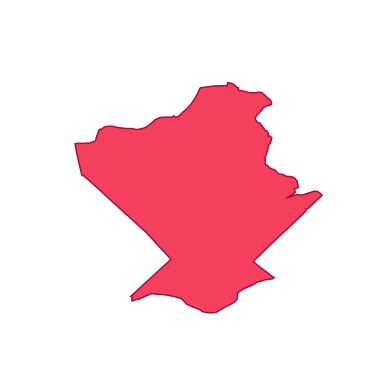 outline of Nicolae Balcescu, Calarasi, Romania, rotated 223°
{"feature_id": "2599482B57162776684646", "entity_name": "Nicolae Balcescu", "entity_type": "district", "adm_level": 2, "iso_a3": "ROU", "parent_name": "Romania", "parent_adm1": "Calarasi", "projection": "orthographic", "projection_center": [26.755, 44.444], "detail": "fine", "context": "isolated", "style": "filled", "palette": "rose", "viewbox_px": 384, "rotation_deg": 223, "n_neighbors": 0, "source": "geoboundaries", "source_scale": "gbopen_adm2", "svg_char_len": 4449}
<svg xmlns="http://www.w3.org/2000/svg" viewBox="0 0 384 384"><g transform="rotate(223 192 192)"><path d="M240.5,296.3L239.5,294.8L238.8,293.8L248.6,284.1L254.5,276.8L256.9,273.8L256.8,272.6L256.1,270.8L254.9,267.3L253.7,262.4L253.5,261.1L252.7,255.8L252.4,251.1L253.1,244.5L253.5,237.9L255.3,235.2L256.1,235.4L257.1,235.5L257.3,234.7L257.8,233.1L259.2,231.6L260.9,230.1L262.7,228.5L263.8,227.2L265.1,225.9L265.5,225.5L265.9,224.8L267.0,222.8L267.6,221.5L267.7,221.0L268.3,219.4L268.3,219.1L268.6,215.6L268.7,214.3L269.0,211.7L269.2,210.9L269.3,210.1L269.7,208.6L270.1,207.6L270.4,206.8L271.2,205.3L271.9,204.1L273.1,202.5L273.3,202.2L273.9,201.4L274.3,200.9L274.8,200.3L275.3,199.8L278.8,197.7L279.3,197.4L281.0,195.7L281.3,195.4L282.9,194.0L286.6,191.2L290.2,188.6L292.1,187.4L293.8,186.5L295.9,185.2L297.1,184.0L300.0,180.7L300.3,179.9L300.8,178.2L300.9,176.7L301.0,176.1L301.0,175.9L301.6,175.7L302.0,175.0L302.2,174.2L302.5,173.4L301.8,172.5L301.2,172.1L300.9,171.0L300.7,170.3L300.1,168.7L299.7,167.6L299.6,167.3L299.1,166.5L298.8,165.9L298.3,165.1L297.6,163.7L297.9,162.2L298.7,161.0L299.1,160.4L299.8,159.1L300.5,157.8L301.0,157.1L301.6,156.6L302.4,156.0L302.9,155.5L303.8,154.2L304.5,153.5L305.2,152.9L308.2,150.4L310.4,147.6L308.6,146.1L304.3,142.9L301.1,140.7L298.2,138.7L290.7,133.6L287.3,131.4L285.4,130.0L285.0,129.8L284.0,129.4L283.4,129.1L282.5,130.2L281.7,130.2L280.7,129.9L279.9,129.9L279.5,129.9L278.8,130.2L278.2,130.2L271.3,130.3L264.2,130.4L256.7,130.5L246.4,130.5L227.5,130.8L227.0,130.6L225.4,130.5L224.7,130.8L218.9,130.9L218.7,130.9L217.2,130.9L208.0,131.0L203.5,131.1L198.7,131.2L198.0,131.2L197.0,131.1L179.4,129.7L172.6,129.2L171.7,129.3L170.4,129.2L165.9,128.8L161.5,128.5L161.5,128.0L161.6,126.7L162.7,113.0L162.9,110.5L163.1,106.7L163.4,102.8L163.7,99.5L164.0,95.4L164.3,91.7L164.5,88.3L164.7,86.1L165.0,81.6L165.4,76.9L165.5,75.7L165.5,75.2L165.6,74.8L165.6,73.9L165.2,74.2L164.7,74.2L164.2,74.1L163.5,73.3L163.1,72.5L162.8,72.3L161.4,71.4L161.1,72.2L160.7,72.9L160.2,73.7L159.8,74.6L157.5,78.0L155.4,83.0L153.5,87.3L152.1,90.3L149.3,92.3L146.6,94.3L144.0,96.6L141.1,98.8L137.9,100.9L133.1,103.7L128.1,106.3L126.1,106.8L124.3,106.7L120.0,106.3L117.6,106.9L111.9,108.9L107.1,110.9L102.5,111.8L99.1,113.8L95.3,116.9L92.2,120.4L90.9,125.0L90.2,127.8L89.2,130.9L87.8,134.6L86.5,138.2L85.7,141.3L86.2,145.2L88.9,147.8L89.7,150.1L88.6,155.1L85.4,163.0L83.6,167.0L82.7,170.8L80.2,174.8L78.3,178.0L74.8,182.3L73.8,183.7L73.7,184.5L73.6,185.3L75.8,185.1L76.1,184.7L76.8,184.7L78.2,184.7L79.4,184.6L79.9,184.6L81.3,184.5L88.5,183.7L89.4,183.6L90.8,183.4L92.9,183.3L94.7,183.2L95.8,183.1L98.8,183.0L99.8,183.1L99.8,183.7L99.7,186.0L99.4,191.1L99.2,195.2L99.0,200.0L98.7,205.1L98.6,208.2L98.3,212.6L98.1,216.3L97.8,221.4L97.7,223.2L97.2,228.2L97.1,230.6L96.9,233.8L96.8,235.9L96.7,237.6L96.5,240.1L96.2,246.0L95.6,255.8L97.2,257.0L95.9,258.7L95.7,261.1L95.4,265.1L95.4,265.9L95.2,269.5L95.1,271.3L95.1,272.8L95.0,273.6L94.8,275.4L94.6,278.2L94.9,278.3L95.7,278.4L97.4,278.4L98.7,278.3L99.8,278.1L100.7,277.9L101.4,277.5L102.4,276.7L103.0,276.0L103.4,275.4L103.8,274.7L104.2,274.1L105.0,272.5L105.8,271.2L106.5,269.8L108.1,267.1L109.4,265.0L109.9,264.4L110.4,263.9L113.2,262.0L114.6,260.0L116.0,257.4L117.3,254.6L118.4,252.8L118.4,253.5L118.0,254.7L117.3,257.0L116.9,259.1L116.3,261.0L116.3,262.4L119.2,264.1L117.2,268.1L118.4,268.6L122.9,271.9L124.5,271.8L125.9,272.2L127.3,271.9L128.8,271.5L131.1,270.0L133.2,268.2L133.9,267.8L137.1,266.9L138.9,265.9L141.0,264.1L143.7,264.6L146.3,264.6L147.8,264.1L149.0,263.3L152.1,262.6L154.7,262.7L157.2,262.5L158.3,263.2L161.1,266.0L162.4,267.9L164.3,272.4L166.7,276.6L167.6,278.2L167.9,279.7L168.1,280.6L168.4,281.6L169.0,283.3L170.0,285.1L170.7,286.1L171.6,286.1L172.6,286.1L173.5,285.9L173.9,285.4L174.5,284.4L174.8,284.6L175.0,285.2L174.9,285.6L175.0,286.0L175.3,286.6L175.7,286.8L178.1,287.6L179.4,287.7L180.2,286.9L180.7,287.0L181.1,287.1L183.3,287.6L189.0,288.7L192.3,287.5L196.1,288.9L196.4,290.0L196.8,292.0L196.8,297.6L196.8,299.2L197.0,300.2L197.3,301.6L197.2,302.8L196.2,305.5L195.0,307.7L194.3,308.6L193.6,309.7L193.6,310.5L194.2,311.0L195.1,311.7L197.6,312.6L199.9,312.6L201.7,312.3L204.1,312.5L209.0,312.2L211.2,310.6L212.0,309.5L213.9,307.2L215.1,306.1L218.0,303.7L223.4,300.7L227.9,298.0L228.8,299.8L230.7,299.2L232.0,299.2L233.0,299.3L233.7,299.2L235.0,299.0L236.1,298.8L237.6,298.2L239.1,297.2L240.5,296.3Z" fill="#f43f5e" stroke="#9f1239" stroke-width="1.5"/></g></svg>